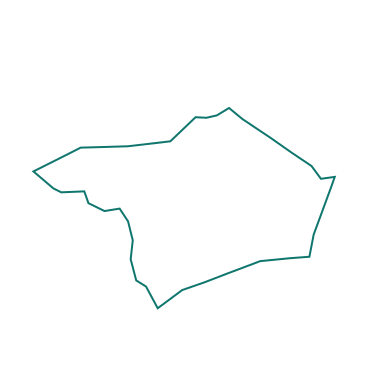 the district of Kanem, Kanem, Chad, rotated 223°
{"feature_id": "50815135B90270246712933", "entity_name": "Kanem", "entity_type": "district", "adm_level": 2, "iso_a3": "TCD", "parent_name": "Chad", "parent_adm1": "Kanem", "projection": "equal_earth", "projection_center": [15.3, 14.131], "detail": "fine", "context": "isolated", "style": "outline", "palette": "teal", "viewbox_px": 384, "rotation_deg": 223, "n_neighbors": 0, "source": "geoboundaries", "source_scale": "gbopen_adm2", "svg_char_len": 633}
<svg xmlns="http://www.w3.org/2000/svg" viewBox="0 0 384 384"><g transform="rotate(223 192 192)"><path d="M322.0,98.9L295.8,100.1L287.4,102.6L271.2,119.0L260.1,113.2L243.0,118.4L233.6,130.5L218.7,126.9L202.4,116.3L191.0,101.0L172.5,89.3L161.1,91.5L137.8,83.6L132.3,113.6L121.3,134.4L110.9,155.8L95.0,187.9L75.1,210.5L62.0,224.7L74.0,243.9L82.6,264.4L94.4,292.4L95.3,294.4L97.9,300.4L106.7,289.6L122.3,292.5L146.1,288.7L171.3,285.2L204.4,279.8L212.0,279.3L222.2,278.7L226.1,264.9L232.1,256.1L240.4,249.1L242.4,214.3L270.1,181.7L291.2,160.8L303.7,148.5L306.7,140.2L322.0,98.9Z" fill="none" stroke="#0f766e" stroke-width="2"/></g></svg>